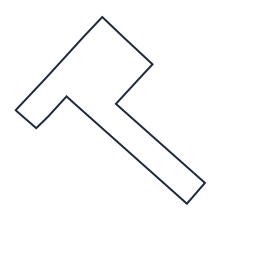 the district of Ford, Illinois, United States of America, rotated 133°
{"feature_id": "52423323B6455374586725", "entity_name": "Ford", "entity_type": "district", "adm_level": 2, "iso_a3": "USA", "parent_name": "United States of America", "parent_adm1": "Illinois", "projection": "orthographic", "projection_center": [-88.209, 40.698], "detail": "fine", "context": "isolated", "style": "outline", "palette": "slate", "viewbox_px": 256, "rotation_deg": 133, "n_neighbors": 0, "source": "geoboundaries", "source_scale": "gbopen_adm2", "svg_char_len": 350}
<svg xmlns="http://www.w3.org/2000/svg" viewBox="0 0 256 256"><g transform="rotate(133 128 128)"><path d="M64.7,153.5L64.7,194.9L64.4,222.5L91.6,222.7L146.9,222.1L191.5,222.3L191.6,220.8L190.7,195.0L174.1,194.2L146.8,194.5L146.7,185.3L143.2,33.3L115.7,34.3L118.6,153.3L82.1,153.5L64.7,153.5Z" fill="none" stroke="#1e293b" stroke-width="2"/></g></svg>